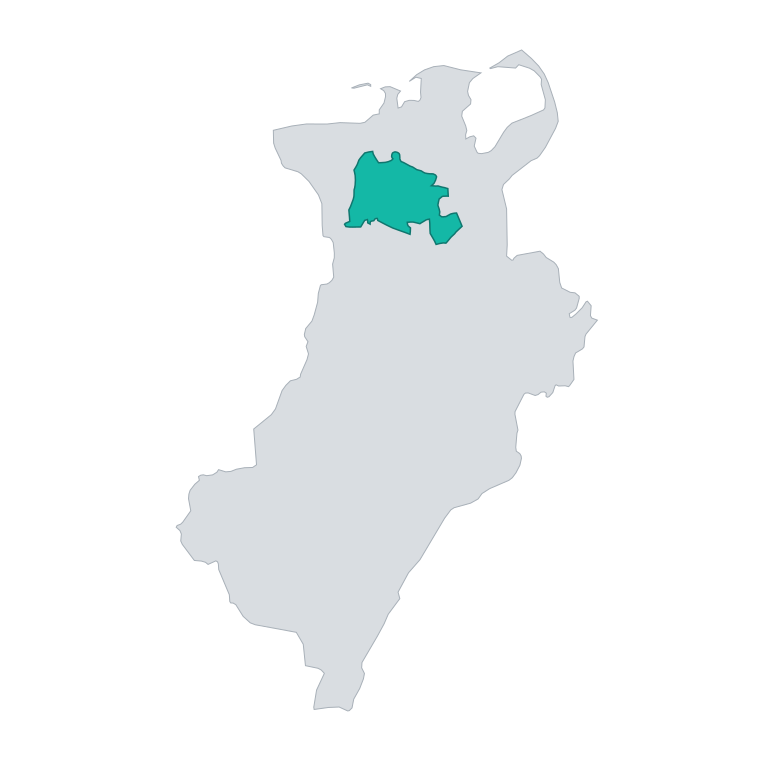 Bereket, Balkan, Turkmenistan (highlighted), rotated 86°
{"feature_id": "10190150B43473123823457", "entity_name": "Bereket", "entity_type": "district", "adm_level": 2, "iso_a3": "TKM", "parent_name": "Turkmenistan", "parent_adm1": "Balkan", "projection": "natural_earth1", "projection_center": [55.542, 39.495], "detail": "fine", "context": "in_parent", "style": "filled", "palette": "teal", "viewbox_px": 768, "rotation_deg": 86, "n_neighbors": 0, "source": "geoboundaries", "source_scale": "gbopen_adm2", "svg_char_len": 6174}
<svg xmlns="http://www.w3.org/2000/svg" viewBox="0 0 768 768"><g transform="rotate(86 384 384)"><path d="M217.9,249.5L253.9,251.4L265.0,252.8L269.5,247.9L269.3,246.6L267.6,245.6L265.0,242.2L262.4,219.1L265.5,215.8L269.1,213.4L274.3,206.1L277.0,203.9L281.1,202.0L294.9,201.6L300.6,200.1L305.5,191.9L306.4,187.1L310.1,183.2L312.2,183.3L321.6,186.6L323.6,188.3L326.8,194.3L330.3,193.9L330.8,192.9L330.4,191.6L327.7,187.8L321.8,181.0L316.1,176.7L315.6,175.3L320.4,171.9L330.2,173.3L332.7,172.2L335.2,166.7L348.3,179.0L350.7,180.2L361.0,181.9L362.8,183.6L366.4,190.7L370.0,192.6L374.3,193.9L392.7,194.2L398.5,198.9L399.5,200.1L398.4,203.4L398.2,209.9L396.8,212.4L397.7,213.5L404.3,216.2L408.2,220.3L408.6,222.1L407.5,223.3L404.5,222.7L403.0,224.6L403.1,227.9L405.3,231.1L406.0,234.0L403.0,240.7L402.9,243.5L404.0,245.1L420.7,255.2L423.4,255.5L439.3,253.6L442.3,254.8L456.4,257.0L460.3,256.7L462.9,253.4L465.4,252.2L467.8,252.1L474.5,254.1L481.7,258.5L486.4,262.5L488.8,266.1L495.7,285.8L500.1,293.9L505.2,298.1L508.9,305.9L512.3,322.7L514.3,326.2L522.1,332.9L561.8,360.4L574.0,372.7L592.6,384.5L599.2,383.2L613.9,395.8L623.2,400.6L635.1,408.2L660.3,425.4L665.6,426.1L671.4,423.7L676.7,425.1L686.1,429.5L696.3,436.2L704.9,438.5L707.4,441.4L707.6,443.0L703.1,451.3L702.8,462.0L703.8,476.4L701.5,476.6L684.6,472.6L668.5,463.7L664.9,466.6L663.0,469.6L659.5,482.0L638.0,482.7L625.6,488.8L615.2,529.2L612.9,534.1L606.0,540.7L593.8,547.2L592.0,549.8L591.7,552.2L590.2,553.0L583.4,553.0L557.6,561.8L551.9,561.8L549.7,562.5L548.7,564.1L551.7,572.1L549.4,574.5L547.9,578.5L546.8,585.5L529.9,596.4L526.4,597.7L519.5,596.6L516.0,597.8L512.4,601.3L510.7,600.2L509.7,596.7L507.8,594.4L497.0,585.6L484.8,587.0L480.2,586.3L476.5,584.8L470.8,579.7L467.2,574.9L463.4,575.5L462.2,573.2L462.0,570.6L463.1,567.3L462.7,561.3L460.4,556.9L457.9,555.0L460.6,548.0L460.5,542.8L458.7,537.1L457.8,528.9L458.1,520.9L455.7,516.8L419.8,517.1L406.7,498.5L401.3,494.0L383.4,486.1L378.4,481.9L374.3,477.2L373.2,470.9L371.2,467.1L368.4,466.5L354.3,459.1L348.7,457.2L341.1,459.0L336.5,456.9L331.3,459.8L329.0,460.0L323.2,458.2L316.2,451.5L310.2,448.8L297.8,444.5L289.1,443.2L281.4,440.6L280.6,439.7L280.3,434.0L279.2,431.6L277.0,428.8L273.9,426.7L260.8,426.9L254.7,424.8L249.9,424.4L239.4,424.8L236.0,426.4L234.1,428.1L232.8,433.7L231.7,434.5L221.5,434.6L199.8,433.4L190.8,436.2L176.7,444.7L168.6,451.8L166.3,455.0L161.5,467.6L159.4,469.4L156.6,470.9L153.8,471.1L141.0,476.1L136.0,477.3L123.2,476.7L120.2,458.0L119.2,443.2L120.7,422.7L120.2,409.6L122.3,389.7L121.6,384.8L115.0,376.0L114.2,369.9L110.2,369.6L103.7,364.4L97.4,362.4L94.2,362.3L91.3,363.8L89.2,366.8L87.7,362.1L87.8,357.2L92.9,347.1L96.1,350.1L99.9,351.3L109.7,350.7L108.8,347.2L103.8,343.7L102.8,339.1L103.2,334.4L104.5,330.0L103.1,328.2L100.8,327.1L95.5,327.2L81.8,325.5L80.2,330.8L83.9,337.7L77.7,329.8L73.5,321.7L70.9,312.3L70.5,302.1L75.9,285.7L80.4,265.6L85.5,274.1L89.4,277.8L97.9,280.2L102.0,279.6L106.4,277.4L110.7,278.1L117.4,286.8L122.2,287.8L132.2,284.5L136.9,283.7L141.0,285.2L145.3,285.3L143.4,281.2L142.7,277.2L145.2,275.1L153.0,277.4L159.3,275.0L160.4,274.0L161.0,270.6L160.2,263.8L158.7,260.8L155.1,256.8L141.2,247.1L136.6,243.2L132.7,238.2L126.4,218.4L121.7,205.7L119.8,204.2L111.7,203.2L96.3,206.3L90.9,205.6L88.4,206.9L82.1,212.3L79.1,216.8L74.9,227.3L78.0,230.7L75.4,248.3L76.8,255.8L76.2,256.4L71.7,247.0L65.5,237.7L60.4,223.4L69.7,214.1L77.6,207.5L86.0,202.5L94.8,199.2L114.5,194.1L125.4,192.2L134.1,191.9L140.9,195.0L159.2,206.5L167.1,212.9L169.3,215.5L171.5,221.7L184.9,241.7L188.1,244.6L193.3,250.9L198.3,252.8L217.9,249.5ZM86.8,393.2L86.4,395.8L83.9,387.8L82.8,378.9L84.4,376.4L86.1,376.5L84.4,379.7L86.8,393.2Z" fill="#d9dde1" stroke="#a8b0b8" stroke-width="1"/><path d="M151.3,379.1L151.2,379.1L151.3,380.7L151.5,383.2L152.2,387.1L154.3,389.2L156.6,391.5L159.0,393.5L160.4,394.1L163.2,395.4L165.7,397.0L168.5,399.0L170.9,398.6L174.0,398.2L178.6,398.3L183.4,398.9L186.0,399.5L188.3,400.3L192.1,400.6L194.7,400.9L197.6,401.8L204.6,405.0L207.9,406.9L208.2,406.9L215.2,406.8L219.4,406.8L220.1,408.8L221.0,411.3L221.9,412.2L224.3,411.0L225.0,407.6L225.3,404.1L225.5,399.8L225.7,396.3L223.2,394.5L221.0,393.0L219.4,391.8L218.8,389.1L220.4,388.9L222.1,389.0L222.5,388.4L223.5,386.8L223.4,386.8L221.0,386.2L220.6,384.9L220.4,382.8L218.7,381.5L218.3,380.3L218.4,379.1L220.4,378.8L223.2,374.3L225.7,370.2L229.1,364.2L232.3,357.0L234.3,352.4L236.5,347.6L233.7,347.1L230.1,346.7L228.9,348.0L227.7,349.1L226.4,349.4L224.3,349.5L224.3,346.1L224.5,343.6L225.8,339.4L226.6,337.0L225.8,335.6L224.4,332.8L223.2,330.5L222.9,329.1L222.7,327.2L226.9,327.1L231.2,327.3L234.4,327.4L237.1,327.4L239.1,326.4L242.8,324.6L245.2,323.5L248.4,322.3L247.7,318.5L247.4,315.0L247.8,312.4L247.7,312.3L246.6,311.1L245.1,309.7L244.7,309.3L243.1,307.8L242.0,306.7L240.3,304.6L239.1,303.1L237.4,301.6L232.1,295.1L227.9,296.5L218.5,299.7L218.5,300.9L218.5,302.1L218.6,302.8L218.7,303.7L218.8,304.2L218.9,304.6L218.9,304.9L219.0,305.4L219.2,305.9L219.4,306.4L219.9,307.4L220.3,308.4L220.7,309.1L221.3,310.5L221.3,312.2L221.4,313.1L221.2,314.8L219.4,317.0L216.4,316.4L215.9,316.4L214.7,316.6L213.7,316.7L211.3,317.3L209.3,317.8L205.9,316.9L203.3,316.1L202.2,314.5L202.1,314.4L201.0,312.9L200.8,311.3L200.9,310.2L200.9,308.7L201.0,307.8L201.1,306.8L193.5,306.7L192.8,308.7L192.4,309.6L191.6,312.5L190.6,315.3L190.2,316.3L190.2,317.3L190.2,318.5L189.9,320.3L189.5,322.9L188.5,321.6L187.8,320.7L187.0,319.9L185.5,319.1L184.4,318.4L182.8,317.8L181.0,317.1L179.6,317.7L179.1,318.1L178.2,319.6L177.8,320.4L177.5,323.6L177.0,326.3L176.4,328.5L175.4,330.1L174.0,332.0L173.7,332.8L172.5,336.3L169.8,339.9L169.5,340.4L168.3,343.1L168.2,343.1L168.1,343.3L166.5,345.8L164.9,348.3L164.2,349.5L163.8,350.3L163.3,351.4L162.7,351.7L161.5,352.2L160.7,352.5L160.0,352.5L159.2,352.4L157.6,352.4L156.4,352.4L155.3,352.8L154.7,353.3L154.2,354.0L153.7,354.9L153.6,355.2L153.4,356.0L153.2,356.8L153.3,357.3L153.5,357.9L153.7,358.6L154.2,359.4L155.1,359.9L155.9,360.2L156.8,360.4L157.7,360.5L158.8,360.2L160.0,359.4L161.4,360.9L162.5,364.1L163.0,367.2L163.0,371.8L162.9,374.0L159.9,375.7L156.9,377.3L153.8,378.7L151.3,379.1Z" fill="#14b8a6" stroke="#0f766e" stroke-width="1.5"/></g></svg>